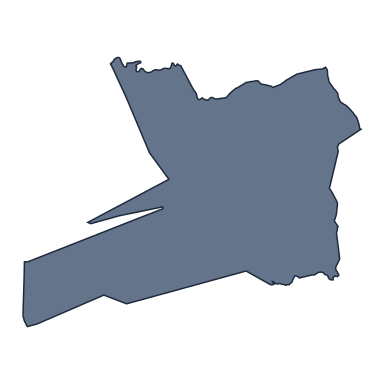 outline of San Andrés Paxtlán, Oaxaca, Mexico
{"feature_id": "50627088B89985884049438", "entity_name": "San Andrés Paxtlán", "entity_type": "district", "adm_level": 2, "iso_a3": "MEX", "parent_name": "Mexico", "parent_adm1": "Oaxaca", "projection": "albers", "projection_center": [-96.515, 16.212], "detail": "fine", "context": "isolated", "style": "filled", "palette": "slate", "viewbox_px": 384, "rotation_deg": 0, "n_neighbors": 0, "source": "geoboundaries", "source_scale": "gbopen_adm2", "svg_char_len": 3913}
<svg xmlns="http://www.w3.org/2000/svg" viewBox="0 0 384 384"><path d="M24.4,261.8L24.2,273.8L24.0,281.5L23.7,291.0L23.4,301.3L23.0,315.1L23.1,316.2L24.4,321.0L27.3,326.6L37.0,324.0L103.8,295.1L106.2,296.0L126.6,303.8L180.5,289.0L242.9,271.9L246.0,271.0L270.7,284.8L273.8,284.5L273.4,283.2L272.6,281.6L274.1,282.2L275.6,283.7L276.3,283.7L277.7,284.0L279.8,283.5L282.0,284.3L283.7,284.5L285.5,285.1L286.6,285.2L287.2,284.5L288.6,284.7L289.4,284.6L289.9,283.9L291.1,282.8L291.7,282.5L291.9,282.0L292.8,279.9L294.0,277.2L295.0,275.9L297.6,276.4L299.3,278.0L312.3,274.9L314.2,274.9L314.7,274.9L315.1,274.5L315.4,274.2L315.7,274.0L316.4,273.6L316.9,273.4L317.3,273.1L317.6,272.9L317.9,272.6L318.4,272.4L318.9,272.3L319.6,272.2L320.5,272.2L321.2,272.2L321.6,272.0L322.0,272.0L322.7,272.5L323.4,272.9L324.0,273.5L324.6,274.3L325.1,274.6L327.0,275.1L327.5,275.6L327.9,276.2L328.2,276.6L328.3,277.8L328.8,278.4L329.5,279.1L330.1,279.6L331.4,279.9L333.2,279.8L333.0,277.7L335.1,276.0L337.4,276.6L338.8,275.2L338.3,274.0L337.2,271.8L336.0,270.3L335.8,268.8L335.5,267.6L336.8,264.9L337.7,263.2L338.5,261.5L339.7,258.9L336.5,233.2L337.2,230.0L337.5,227.5L338.1,226.7L336.3,224.0L334.2,220.7L335.1,218.7L336.3,214.7L336.7,211.3L337.3,205.9L337.4,202.7L336.5,200.7L334.3,196.6L332.8,193.7L331.1,190.8L329.4,188.4L338.2,151.6L337.4,147.1L338.4,145.0L338.9,143.9L361.0,129.2L359.7,128.6L359.6,128.2L359.4,126.6L359.3,125.6L359.2,125.3L358.8,123.8L358.7,123.6L358.5,122.7L358.2,121.8L357.9,120.7L357.7,120.3L357.2,118.9L357.1,118.6L356.8,117.6L356.7,117.3L355.2,115.6L354.1,114.2L353.7,113.7L353.4,113.2L351.6,111.1L350.9,110.3L349.6,109.0L349.4,108.8L348.8,108.1L347.9,107.2L347.7,106.9L346.6,106.0L345.4,105.0L344.4,104.6L344.1,104.5L342.9,103.5L342.6,103.3L340.5,102.0L338.9,98.6L338.5,97.9L338.4,97.6L338.0,95.6L338.0,95.1L337.8,93.5L337.5,93.1L336.9,92.2L335.8,90.7L335.3,90.1L334.4,89.2L333.5,88.3L333.0,87.5L332.3,86.4L331.7,85.6L330.6,84.0L330.2,83.5L329.4,82.4L329.2,82.2L329.1,81.8L328.9,81.4L328.8,81.2L328.6,79.0L328.3,78.1L327.9,76.9L327.7,75.4L327.6,74.7L327.6,73.7L327.5,72.4L327.5,72.1L327.4,70.7L327.0,69.5L326.7,68.9L325.5,67.2L322.5,69.0L315.2,69.6L304.8,72.2L296.9,74.1L286.0,80.4L280.3,84.6L272.7,87.4L271.1,86.2L268.2,85.5L266.0,84.9L263.3,84.4L261.2,84.2L259.1,82.0L258.1,80.9L255.8,80.8L252.9,81.4L250.1,81.7L248.4,82.2L246.3,82.4L243.5,84.1L241.5,85.3L238.3,87.3L235.6,88.5L233.3,90.4L231.2,92.2L229.5,93.9L227.8,95.8L226.7,97.0L225.8,97.8L215.4,99.1L214.1,98.4L213.0,97.7L211.4,97.4L210.1,98.0L208.5,99.8L206.5,100.1L205.2,99.6L203.3,98.8L202.1,97.8L200.5,99.2L199.2,99.8L198.3,99.3L197.2,97.7L196.8,96.0L196.4,93.8L195.7,92.6L193.7,89.9L192.7,88.2L180.7,65.6L180.0,65.6L179.4,65.3L178.8,65.1L178.2,64.5L177.4,64.0L176.8,64.9L176.2,65.7L175.3,66.1L174.7,65.4L174.1,65.0L173.7,63.8L172.9,63.1L172.1,63.1L171.7,64.3L170.8,67.2L170.6,67.8L169.6,68.5L168.6,68.6L167.4,68.5L166.1,68.4L164.9,68.2L163.2,68.6L161.0,69.8L159.6,70.2L156.8,69.9L155.5,69.7L153.1,70.6L151.9,71.7L150.8,72.1L148.6,72.6L147.6,72.7L145.1,71.5L144.3,70.7L143.7,70.0L143.1,68.9L141.3,68.4L140.0,69.7L139.4,70.9L138.1,71.9L136.9,71.6L136.2,70.5L136.0,69.1L136.7,67.2L135.9,65.5L136.3,65.4L136.5,65.0L137.5,64.4L137.8,64.1L138.7,63.6L139.4,63.3L140.4,63.0L140.7,62.6L140.7,61.7L140.5,61.4L139.9,61.3L139.1,61.1L137.6,61.4L136.3,61.6L135.2,61.9L134.0,62.4L132.9,62.8L132.0,63.0L129.8,62.9L129.4,63.1L127.4,63.1L127.0,63.4L126.8,64.7L126.7,65.2L126.4,66.5L126.2,66.9L125.8,67.0L125.3,67.0L124.9,66.8L124.0,66.4L123.6,66.0L123.1,64.9L122.6,64.5L122.1,63.4L121.7,62.6L121.3,61.4L120.7,60.4L120.3,59.0L119.3,57.8L118.6,57.4L117.5,57.5L115.9,58.1L115.1,58.8L113.9,59.8L113.4,61.1L112.5,62.0L111.2,63.0L110.5,63.9L112.3,67.2L118.9,81.6L126.4,97.9L149.6,153.0L168.9,179.3L111.3,209.9L87.8,222.4L90.8,223.7L119.1,215.8L162.6,206.9L162.6,207.3L162.9,208.7L117.0,226.7L27.8,261.8L24.4,261.8Z" fill="#64748b" stroke="#1e293b" stroke-width="1.5"/></svg>